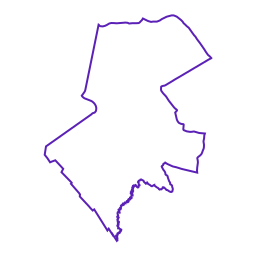 Campana, Buenos Aires, Argentina
{"feature_id": "61730980B71548208163547", "entity_name": "Campana", "entity_type": "district", "adm_level": 2, "iso_a3": "ARG", "parent_name": "Argentina", "parent_adm1": "Buenos Aires", "projection": "equal_earth", "projection_center": [-58.853, -34.162], "detail": "fine", "context": "isolated", "style": "outline", "palette": "violet", "viewbox_px": 256, "rotation_deg": 0, "n_neighbors": 0, "source": "geoboundaries", "source_scale": "gbopen_adm2", "svg_char_len": 5826}
<svg xmlns="http://www.w3.org/2000/svg" viewBox="0 0 256 256"><path d="M142.9,18.5L142.0,20.0L141.7,20.4L141.1,20.9L139.6,22.5L138.8,23.0L138.4,23.1L135.9,23.2L132.2,23.2L129.4,23.5L128.8,23.4L128.1,23.0L127.6,22.8L125.4,22.6L116.5,23.3L114.3,23.1L111.3,23.0L109.3,23.5L106.8,25.0L105.1,25.8L102.8,26.4L100.4,26.2L99.3,25.7L98.9,24.9L98.6,24.7L85.3,90.0L84.9,91.2L84.3,92.2L81.8,95.7L82.4,96.6L83.1,97.3L84.5,98.3L90.9,100.8L92.4,101.6L94.0,103.1L95.1,104.5L95.9,106.2L96.1,107.1L96.3,108.0L96.2,109.6L95.9,111.0L95.6,111.5L94.6,112.6L92.7,113.2L92.1,113.6L91.6,114.2L46.0,146.4L44.7,154.8L47.4,158.2L50.1,162.3L52.0,161.5L55.3,160.3L63.2,168.8L61.5,172.2L71.7,182.7L71.6,183.2L71.0,183.8L79.5,193.6L79.5,193.9L80.0,194.5L80.0,194.8L79.8,196.0L79.8,196.5L88.0,205.3L89.4,206.8L89.7,207.3L92.7,210.5L94.2,209.4L106.7,229.3L107.4,230.5L108.7,228.7L112.5,234.7L112.6,234.3L116.6,240.5L116.7,240.3L116.9,240.3L117.2,240.6L117.4,240.5L117.5,240.1L117.0,239.6L116.8,239.0L117.3,238.7L117.4,238.4L116.9,238.2L117.2,237.7L116.8,236.8L117.2,236.4L117.2,236.1L116.3,236.1L116.0,235.9L116.4,235.3L117.5,235.1L117.8,234.3L117.4,233.6L117.5,233.4L118.4,232.8L119.0,233.2L119.7,232.9L119.8,232.5L119.6,231.9L119.8,231.4L120.0,231.3L120.4,231.7L120.6,231.5L121.0,230.8L120.6,230.1L120.8,229.9L121.1,230.0L121.3,229.8L121.1,229.5L119.1,228.5L118.9,228.1L118.3,228.4L118.1,228.4L118.0,228.1L118.6,227.4L117.9,226.3L117.4,226.0L117.3,225.8L117.6,225.1L117.8,224.7L118.0,224.6L118.5,224.7L118.6,224.0L118.3,223.7L117.9,223.6L117.9,223.4L118.2,223.0L118.0,222.5L118.2,222.4L118.8,222.5L119.0,222.1L118.9,221.7L118.6,221.5L117.7,221.5L117.6,220.5L117.8,219.8L117.4,219.6L117.4,219.4L117.6,219.0L118.1,218.7L118.7,217.5L118.4,217.1L117.5,216.9L117.2,216.8L117.3,216.5L117.5,216.2L118.1,216.1L118.2,215.8L117.9,214.6L117.5,213.8L117.7,212.3L117.9,212.1L118.1,212.0L118.9,212.2L119.6,212.6L119.7,212.2L118.7,211.2L118.8,210.5L118.5,209.7L118.7,209.4L118.9,209.4L119.4,210.0L119.5,210.0L119.9,209.4L120.3,209.5L120.6,209.4L120.9,208.4L120.4,208.2L120.1,207.8L120.3,207.5L120.9,207.2L121.2,206.5L121.2,206.1L121.0,205.6L121.2,205.4L121.9,205.5L122.4,205.3L122.4,205.0L122.2,204.6L122.3,204.5L122.7,204.6L123.2,204.9L123.3,204.9L123.4,204.5L122.9,203.7L123.0,203.5L123.5,203.6L123.7,204.5L123.8,204.6L124.2,203.9L124.1,203.3L124.5,202.9L124.6,203.0L124.9,203.1L124.8,202.8L125.0,202.5L125.6,202.8L126.0,202.7L126.2,202.4L126.4,202.5L127.3,202.3L127.4,202.0L127.2,201.7L126.7,201.4L126.8,201.1L127.3,201.0L127.7,200.6L127.9,200.8L127.9,201.2L128.2,201.4L128.4,201.7L128.6,201.5L128.6,201.3L128.5,200.5L128.8,200.2L128.4,200.0L128.2,199.9L128.2,199.7L128.6,199.1L128.8,199.0L129.0,199.3L129.8,199.5L130.0,199.5L130.2,199.4L130.2,199.1L130.0,198.6L130.0,198.4L130.4,198.7L130.5,198.6L130.6,198.1L131.1,198.3L131.5,198.2L131.7,197.9L131.6,197.1L131.1,197.1L131.0,196.8L131.4,196.5L131.5,195.7L131.6,195.4L132.1,194.9L132.6,195.1L132.6,194.7L132.2,194.2L131.6,194.7L131.4,194.6L131.3,193.8L131.1,193.7L130.8,193.4L131.1,192.9L130.8,192.3L130.8,192.1L131.0,192.0L131.4,192.0L131.6,192.5L131.5,193.2L132.2,193.1L132.4,192.9L132.6,192.4L132.5,192.2L131.9,192.1L131.8,191.9L132.1,191.6L132.9,191.4L133.2,191.0L133.2,190.9L133.0,190.6L132.2,190.9L131.6,190.6L132.2,189.0L132.5,188.9L132.9,189.1L133.0,189.0L133.0,188.3L132.3,187.6L132.4,187.4L133.1,187.5L133.4,187.4L133.3,187.0L132.8,186.3L132.9,186.0L133.2,186.0L133.7,186.4L133.9,186.5L134.0,186.3L133.6,185.8L133.7,185.4L134.0,185.4L134.4,185.9L134.9,185.9L135.1,185.6L135.2,185.2L135.6,185.0L136.5,186.4L137.1,187.1L137.8,187.5L138.2,187.4L138.4,187.3L138.5,185.9L139.5,185.5L139.6,185.3L139.6,185.1L139.2,184.8L138.6,184.0L138.7,182.8L138.6,182.5L138.0,182.1L138.1,181.7L138.8,180.7L139.7,180.6L140.4,179.6L141.2,179.5L141.4,179.5L141.7,179.9L142.1,180.0L143.5,180.7L144.0,181.9L145.8,183.6L146.1,183.2L146.5,183.4L146.9,183.3L147.2,182.6L147.7,183.2L147.8,183.7L147.9,183.8L148.6,184.1L149.2,184.6L150.0,185.0L151.3,186.1L152.1,186.2L153.0,185.6L153.5,185.5L154.0,185.0L154.3,184.9L154.3,185.1L154.1,185.5L154.5,185.5L155.0,186.0L156.0,186.7L156.6,187.2L158.0,188.0L158.7,188.6L158.9,189.1L159.7,189.6L160.5,189.2L161.5,189.3L162.3,188.3L162.8,188.1L162.8,187.3L163.0,187.2L163.5,187.4L163.9,187.4L164.6,188.0L165.5,188.8L166.5,190.0L167.5,190.1L169.2,191.3L170.5,191.9L171.2,192.0L171.5,191.7L172.3,191.5L172.8,189.3L172.7,188.2L172.2,187.0L172.1,185.9L172.0,185.6L171.4,184.8L170.5,184.5L170.2,184.2L170.1,182.6L169.8,182.1L169.3,181.5L168.9,180.5L167.9,177.7L167.6,176.2L167.0,175.4L166.1,175.0L165.6,174.5L165.4,174.1L165.4,173.2L165.0,172.1L164.3,170.9L163.3,169.7L161.8,166.8L161.7,166.4L161.8,166.2L163.0,165.2L163.4,163.9L163.7,163.6L164.6,163.4L165.2,162.6L167.4,164.0L172.7,166.4L176.5,167.3L182.0,169.0L197.2,172.6L197.0,170.7L197.2,167.6L197.9,162.6L197.8,160.8L197.3,158.2L197.4,157.8L198.1,157.0L200.2,155.4L201.4,154.1L202.0,152.9L203.1,149.8L203.5,149.1L203.8,147.9L203.9,147.0L204.0,144.8L203.6,142.3L203.5,141.2L204.1,138.3L204.3,135.4L204.9,133.5L199.2,133.0L194.4,131.6L193.8,131.5L191.8,131.8L190.2,131.9L188.3,131.6L186.6,131.3L183.7,130.1L183.4,129.6L183.3,129.0L183.6,125.9L183.7,124.8L183.6,124.4L183.4,124.2L181.2,123.9L179.1,123.0L178.4,122.3L177.4,120.8L176.8,119.4L175.2,112.5L176.7,110.9L177.0,110.3L176.8,109.8L174.9,108.3L173.8,107.1L168.8,100.7L166.1,96.5L163.1,93.3L161.5,91.1L161.1,90.2L161.0,89.3L161.1,87.4L161.2,86.7L161.5,86.4L162.9,85.9L164.6,85.6L165.5,85.2L175.7,79.0L178.5,77.4L208.4,59.7L211.1,58.3L211.3,58.1L209.9,56.5L207.9,54.8L205.8,51.8L204.4,49.5L199.9,43.0L197.0,39.2L195.4,36.6L194.3,35.5L192.6,33.2L188.7,27.7L186.9,26.3L185.0,24.4L183.6,23.2L182.6,21.6L181.0,20.0L177.0,16.8L176.0,16.3L173.7,15.4L171.6,15.4L166.7,16.7L161.8,19.1L159.8,20.5L156.9,21.6L153.0,21.6L151.1,21.9L148.0,21.0L142.9,18.5Z" fill="none" stroke="#5b21b6" stroke-width="2"/></svg>